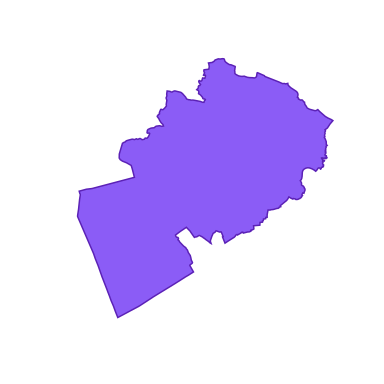 the district of Mueang Chachoengsao, Chachoengsao, Thailand, rotated 308°
{"feature_id": "78962969B6762325431778", "entity_name": "Mueang Chachoengsao", "entity_type": "district", "adm_level": 2, "iso_a3": "THA", "parent_name": "Thailand", "parent_adm1": "Chachoengsao", "projection": "orthographic", "projection_center": [101.042, 13.718], "detail": "fine", "context": "isolated", "style": "filled", "palette": "violet", "viewbox_px": 384, "rotation_deg": 308, "n_neighbors": 0, "source": "geoboundaries", "source_scale": "gbopen_adm2", "svg_char_len": 6132}
<svg xmlns="http://www.w3.org/2000/svg" viewBox="0 0 384 384"><g transform="rotate(308 192 192)"><path d="M335.0,259.1L334.9,257.4L334.0,253.6L333.6,250.5L334.0,243.0L334.4,240.4L332.4,239.6L331.7,238.7L329.6,233.7L329.1,231.1L329.3,230.6L330.0,229.1L330.1,228.2L330.3,228.0L330.5,227.0L332.1,225.3L331.8,224.5L332.3,223.0L332.3,221.9L331.5,221.3L331.1,220.8L331.2,219.7L330.8,218.7L331.6,217.8L331.5,216.7L332.8,216.3L334.2,215.4L335.0,214.3L335.4,213.3L335.5,211.8L335.0,205.7L335.2,203.1L335.5,201.8L336.6,200.6L334.8,199.2L334.4,198.0L333.4,196.9L333.1,196.4L332.2,192.7L328.0,178.6L327.9,178.1L328.2,177.6L328.2,177.3L326.4,170.2L326.2,170.0L325.8,170.0L322.8,171.7L321.7,171.7L320.5,171.2L320.2,170.8L319.2,169.1L317.7,167.1L316.5,165.1L315.4,161.8L314.2,160.6L313.3,159.4L312.2,157.2L311.7,154.4L311.7,153.4L311.8,152.8L313.1,151.8L313.9,150.8L314.7,150.5L315.5,149.9L317.3,149.0L317.5,148.7L316.3,144.5L315.4,143.0L315.2,141.2L315.1,139.1L315.3,137.5L316.6,135.6L316.4,134.8L315.9,134.0L314.1,132.3L313.1,130.7L310.2,128.9L309.4,128.9L308.8,129.0L307.1,128.3L306.8,128.4L303.8,125.5L303.7,125.6L303.7,125.8L303.0,126.7L301.3,128.5L299.1,129.6L295.8,126.3L295.6,126.5L294.9,126.6L294.2,127.3L293.6,128.6L291.1,129.1L291.1,129.5L292.2,130.4L292.2,130.8L291.1,131.6L290.4,131.7L289.7,132.1L289.4,132.0L288.5,130.2L288.2,130.2L286.1,131.1L285.5,131.1L284.9,130.8L284.5,130.4L284.4,130.1L284.5,129.4L284.3,129.1L283.8,129.0L283.2,129.3L282.7,130.0L282.2,131.3L282.0,132.5L280.7,132.6L280.1,132.0L279.7,131.9L279.1,132.0L278.2,132.7L276.7,133.0L276.0,132.7L275.5,132.7L275.8,134.2L275.7,135.0L274.9,135.9L273.8,136.4L273.5,136.7L273.7,138.4L273.6,139.5L273.0,142.2L272.4,142.9L272.3,143.3L272.5,143.9L273.1,144.8L273.1,145.6L272.8,145.7L271.3,145.7L270.0,146.2L269.2,145.1L268.5,142.8L266.1,138.1L265.0,136.1L263.7,134.6L263.5,133.8L262.6,132.4L262.1,130.9L262.0,130.4L262.8,128.7L263.7,123.9L263.7,122.1L263.6,121.7L261.1,116.2L259.9,115.3L258.8,114.9L258.5,114.7L258.0,114.0L257.7,112.6L256.3,110.2L253.5,111.8L252.7,112.7L251.5,113.3L250.3,113.6L249.9,114.0L248.8,115.7L245.2,117.7L244.0,118.9L241.2,118.8L239.2,118.5L238.7,118.1L238.2,116.8L237.8,116.5L234.8,117.3L234.3,117.6L233.6,118.3L233.3,118.3L232.3,117.8L231.6,118.0L230.3,117.9L230.0,118.3L229.4,120.6L228.6,122.2L227.8,124.3L227.5,125.5L227.3,127.6L226.4,128.9L225.0,127.6L224.4,125.8L222.1,123.5L221.3,123.0L219.3,122.6L217.7,120.9L216.7,120.1L214.4,118.9L213.7,118.8L212.8,119.0L211.0,120.1L211.0,120.8L212.1,122.0L212.1,122.6L211.8,122.8L209.6,123.4L207.8,123.6L206.6,123.4L205.7,121.9L204.3,122.0L202.7,120.7L202.4,120.1L202.4,118.8L202.2,118.2L201.6,117.6L200.5,117.2L200.1,116.9L199.7,115.4L198.0,114.5L197.7,114.1L197.4,113.3L196.8,112.3L193.8,110.0L191.9,108.7L191.3,108.6L190.3,108.5L189.2,107.8L187.6,107.2L177.2,111.3L174.1,113.6L173.8,114.0L173.3,115.6L173.5,118.2L174.7,122.4L175.5,127.7L173.5,130.6L168.1,137.6L133.2,111.1L129.1,107.0L123.2,102.6L122.0,104.2L121.4,105.3L120.7,105.9L117.1,107.9L108.6,113.2L103.1,116.3L102.2,117.0L82.9,152.3L79.9,156.9L76.2,163.3L69.8,173.3L62.7,185.2L61.0,187.9L60.5,188.9L59.9,189.7L59.7,190.2L56.6,195.1L53.7,200.4L50.8,205.0L47.4,210.8L69.8,220.7L85.9,226.2L110.0,235.2L121.3,239.2L124.0,240.3L129.9,242.4L132.8,235.4L133.2,235.3L135.8,236.0L136.6,235.9L137.0,235.3L137.9,233.4L139.7,231.3L140.9,229.7L142.0,226.4L143.4,224.2L143.8,222.4L144.3,221.3L144.2,218.7L145.0,213.2L145.7,211.5L145.7,210.3L147.0,210.0L147.4,209.3L147.5,208.7L146.9,207.9L146.9,207.3L147.2,206.4L147.9,205.5L153.6,207.0L160.7,209.3L160.0,214.5L159.2,216.9L157.7,221.8L158.2,222.0L159.7,223.4L162.1,224.3L162.4,224.8L163.0,228.1L162.9,229.3L163.1,230.4L163.0,231.9L163.2,235.7L163.0,237.2L163.2,238.7L164.4,236.9L165.3,236.3L169.7,234.8L170.7,234.6L172.4,234.1L174.3,234.9L176.3,234.9L177.4,238.3L177.7,238.8L178.2,239.0L178.5,239.7L176.0,244.0L175.4,243.7L172.0,249.5L175.9,250.8L182.2,253.1L183.6,253.3L184.8,253.1L186.2,253.6L186.1,254.3L189.0,255.5L191.0,256.1L190.8,256.4L191.6,257.1L191.3,257.8L194.8,260.5L195.7,261.6L197.3,262.5L197.6,262.5L198.0,261.9L198.4,262.1L198.3,262.3L198.6,262.5L200.7,263.5L201.0,263.5L203.3,261.3L207.6,265.9L209.9,264.3L211.6,266.1L212.5,265.4L213.2,265.8L213.6,265.5L214.1,265.5L214.7,265.0L216.3,266.5L217.4,265.8L218.3,266.8L220.4,265.2L224.6,263.0L226.0,264.8L226.4,264.9L228.2,266.8L231.4,269.1L232.1,269.9L233.3,270.3L233.7,270.1L235.1,271.0L235.7,270.0L243.6,271.8L245.1,271.8L247.8,271.4L248.0,273.6L248.5,275.8L249.2,275.8L250.1,277.6L250.0,278.3L250.2,278.7L251.3,279.9L252.2,280.4L252.7,280.5L253.2,281.0L253.7,281.0L254.6,281.4L255.5,281.4L255.9,281.0L256.2,281.2L257.2,281.3L257.3,280.7L257.8,280.1L258.8,280.1L259.5,279.9L259.9,280.9L260.3,280.6L260.7,280.7L261.3,280.4L262.6,280.1L263.3,279.7L263.9,279.2L264.3,278.2L264.3,277.8L264.7,277.6L265.2,276.1L264.9,275.1L265.0,273.9L265.8,273.4L266.8,272.4L267.6,270.3L268.9,270.5L270.3,270.1L272.0,269.2L275.5,266.8L276.4,266.4L277.7,266.1L278.8,266.2L280.2,266.7L281.1,267.2L282.4,268.3L283.3,269.8L284.2,272.6L284.5,274.8L284.5,276.7L285.9,276.9L288.4,276.7L289.3,277.3L289.4,277.6L289.5,278.5L289.1,279.1L289.2,279.3L290.1,279.3L290.6,279.0L291.0,279.0L291.7,279.2L291.9,279.6L292.8,279.9L293.0,279.3L293.8,279.4L294.4,279.0L294.3,278.3L294.6,278.0L294.7,277.5L295.2,277.1L295.9,277.0L296.1,276.3L297.0,275.9L297.3,276.1L297.5,276.5L297.5,277.1L297.9,277.2L298.3,277.1L298.5,276.7L297.7,275.1L297.8,274.7L298.4,274.4L298.3,273.4L298.5,273.1L299.1,273.5L299.3,274.5L299.8,274.9L299.8,275.4L300.8,275.8L300.9,276.3L300.6,276.8L300.7,277.0L301.4,277.0L301.7,277.3L302.1,277.3L302.3,276.4L302.9,276.0L303.3,275.5L303.2,275.2L302.7,274.7L303.2,273.9L303.6,273.6L304.6,273.7L305.3,273.4L305.5,273.2L305.4,272.5L305.5,272.3L306.5,272.4L306.7,272.2L306.8,271.5L307.7,271.4L308.0,270.8L308.5,270.7L308.8,270.4L309.7,270.3L310.3,269.6L310.6,269.5L311.4,269.8L312.0,269.8L311.9,269.1L312.0,268.7L314.3,266.8L315.9,264.2L316.2,263.1L316.4,262.7L316.8,262.5L317.4,262.7L318.1,261.7L318.7,261.3L320.1,260.8L320.8,259.9L322.3,259.6L322.6,259.3L322.9,258.5L325.8,259.3L330.6,258.9L335.0,259.1Z" fill="#8b5cf6" stroke="#5b21b6" stroke-width="1.5"/></g></svg>